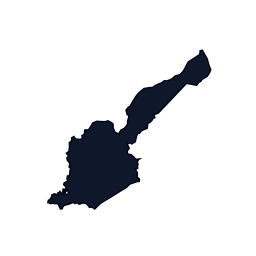 the district of Agios Theodoros Tillrias, Nicosia, Cyprus, rotated 209°
{"feature_id": "46923920B30887699565721", "entity_name": "Agios Theodoros Tillrias", "entity_type": "district", "adm_level": 2, "iso_a3": "CYP", "parent_name": "Cyprus", "parent_adm1": "Nicosia", "projection": "albers", "projection_center": [32.636, 35.157], "detail": "fine", "context": "isolated", "style": "filled", "palette": "ink", "viewbox_px": 256, "rotation_deg": 209, "n_neighbors": 0, "source": "geoboundaries", "source_scale": "gbopen_adm2", "svg_char_len": 2250}
<svg xmlns="http://www.w3.org/2000/svg" viewBox="0 0 256 256"><g transform="rotate(209 128 128)"><path d="M161.9,23.9L161.4,24.2L159.0,24.3L157.8,25.5L155.0,26.5L154.6,27.3L152.0,27.5L149.9,25.9L147.9,24.4L146.4,25.5L146.8,27.5L146.2,29.6L142.7,32.8L139.9,36.2L137.5,36.3L135.8,38.2L133.8,37.6L131.2,40.5L128.2,41.7L125.0,40.8L123.3,39.9L121.2,41.3L117.8,41.1L115.7,48.5L110.2,58.1L102.6,71.8L100.5,75.3L99.3,79.7L93.9,85.7L92.3,86.6L92.8,88.3L94.0,89.2L95.5,89.2L97.0,90.4L97.0,91.5L97.7,92.7L98.6,93.7L100.6,94.8L101.8,95.3L100.0,97.3L101.4,99.7L101.7,101.3L103.1,102.0L103.6,105.1L102.9,106.5L106.3,104.2L107.7,105.1L112.1,106.2L115.9,105.1L117.5,107.6L117.2,111.0L121.0,113.4L119.0,116.0L116.9,115.9L115.0,119.6L116.5,124.7L116.9,127.1L116.4,128.6L115.3,129.0L115.2,130.8L114.5,132.8L111.1,137.0L112.2,140.1L113.4,141.0L111.4,143.7L110.7,146.9L110.9,148.7L109.5,150.0L110.5,151.0L112.0,152.0L108.8,155.6L98.5,195.4L88.6,198.7L88.2,202.5L87.0,204.0L86.8,206.4L83.8,211.6L83.5,215.7L83.9,219.1L87.1,221.6L92.2,226.8L100.7,232.1L102.3,230.5L100.9,227.1L104.5,220.2L107.3,214.9L107.3,210.8L107.1,207.0L107.3,203.9L108.3,200.0L111.9,196.4L113.8,191.4L116.9,188.0L119.3,186.8L120.5,183.7L122.4,181.6L125.0,178.0L126.2,175.3L128.8,173.7L133.1,170.3L135.7,163.8L136.4,159.3L136.7,153.5L136.7,148.5L137.9,145.8L138.4,142.7L135.3,139.4L132.9,139.1L131.9,134.6L130.2,130.7L130.5,128.1L131.2,125.7L133.1,122.8L133.3,118.3L137.4,118.0L141.0,120.9L143.1,124.3L146.2,124.7L149.1,124.5L150.8,122.6L154.3,120.7L158.4,118.8L161.3,115.2L161.3,110.8L161.7,107.2L164.8,105.3L163.2,101.5L164.6,98.9L162.5,96.5L165.3,94.3L168.4,93.1L171.3,94.3L172.5,92.1L171.0,89.3L172.2,86.9L169.9,82.8L168.4,79.0L169.6,76.1L166.2,74.7L167.0,72.5L165.7,70.5L163.2,69.5L161.6,68.7L160.6,65.3L158.7,65.0L157.7,61.7L156.6,59.7L156.3,58.0L157.7,56.6L156.6,53.8L154.8,52.3L156.1,50.8L157.2,48.8L156.8,47.3L153.5,46.3L152.6,43.8L153.0,42.3L153.0,41.6L151.5,42.1L150.9,44.6L150.2,44.2L148.4,41.6L148.7,40.2L149.2,39.7L151.8,40.9L152.6,40.1L154.0,43.6L155.1,43.1L154.0,40.2L153.3,39.2L153.0,38.1L156.8,39.5L156.7,38.2L156.9,37.4L157.8,37.5L157.6,35.1L160.3,34.9L162.1,32.6L161.5,31.8L161.6,28.5L161.5,27.6L162.6,26.2L161.9,23.9Z" fill="#0f172a" stroke="#020617" stroke-width="1.5"/></g></svg>